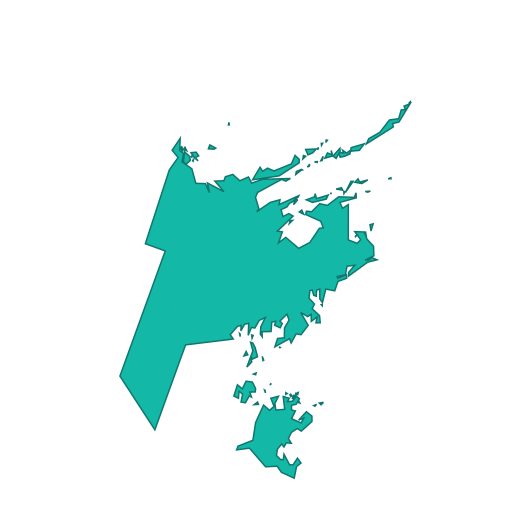 the district of East Arnhem, Northern Territory, Australia, rotated 20°
{"feature_id": "25037944B47305351718046", "entity_name": "East Arnhem", "entity_type": "district", "adm_level": 2, "iso_a3": "AUS", "parent_name": "Australia", "parent_adm1": "Northern Territory", "projection": "natural_earth1", "projection_center": [136.298, -12.677], "detail": "fine", "context": "isolated", "style": "filled", "palette": "teal", "viewbox_px": 512, "rotation_deg": 20, "n_neighbors": 0, "source": "geoboundaries", "source_scale": "gbopen_adm2", "svg_char_len": 6217}
<svg xmlns="http://www.w3.org/2000/svg" viewBox="0 0 512 512"><g transform="rotate(20 256 256)"><path d="M263.0,341.8L258.7,338.7L262.7,328.4L265.7,326.3L267.4,331.5L268.6,324.0L272.2,321.8L275.8,333.2L276.1,324.8L279.6,324.0L281.0,315.5L285.8,310.6L284.7,320.9L286.8,328.0L289.5,329.8L287.6,325.1L296.0,321.8L293.4,312.6L296.9,310.7L297.2,314.7L303.3,315.2L303.8,310.5L300.7,309.0L305.0,300.1L309.0,304.9L307.4,313.9L310.6,323.2L304.5,326.1L304.8,334.9L315.8,322.2L318.8,325.7L320.4,315.4L325.2,314.6L328.8,303.3L317.3,293.8L325.3,295.3L327.8,292.0L330.3,298.5L334.3,292.4L335.2,298.3L339.2,296.8L336.1,290.3L326.8,286.3L327.4,281.2L320.2,277.5L318.5,270.1L320.4,268.7L323.7,273.2L326.4,273.2L324.6,267.4L327.2,265.3L330.7,274.6L334.4,277.1L332.9,263.2L341.9,261.8L341.7,251.9L348.8,245.9L347.3,242.7L340.4,249.0L339.3,247.5L346.4,243.1L345.1,234.5L352.0,230.9L348.6,239.7L349.8,243.3L363.1,223.6L371.0,218.2L365.1,217.9L363.9,220.9L359.9,222.6L366.7,215.5L363.1,206.6L354.2,202.0L350.8,196.0L340.5,199.3L348.8,204.9L346.7,209.5L337.2,209.3L325.2,176.1L321.0,181.6L316.5,176.9L330.3,167.1L328.4,162.4L328.3,167.3L313.4,172.1L305.8,184.0L298.0,185.1L293.1,195.4L288.1,196.6L288.3,200.0L304.9,201.2L309.6,206.5L306.1,208.3L302.0,224.8L293.5,234.2L277.6,228.3L272.7,235.9L272.5,224.3L267.6,225.3L277.2,205.8L272.4,204.9L267.8,209.7L263.7,203.8L268.3,199.3L269.3,195.3L272.2,191.9L273.9,187.5L275.5,186.2L275.6,184.6L260.1,199.8L259.3,194.9L251.0,200.8L241.5,214.2L242.6,210.7L235.5,201.1L235.7,195.8L253.8,175.3L258.4,175.5L261.8,171.4L235.7,181.8L227.0,189.1L221.9,184.3L215.1,190.8L206.3,187.3L200.1,192.0L200.1,196.3L191.7,199.7L203.9,206.5L185.4,204.0L190.6,212.4L183.7,205.3L174.6,208.3L165.9,196.0L154.2,192.8L152.9,184.4L148.3,183.0L144.5,171.4L141.0,185.3L149.1,190.1L145.1,204.9L147.8,282.3L169.0,282.3L169.2,415.4L220.4,453.9L220.2,363.6L263.0,341.8ZM352.3,199.5L349.4,196.7L350.5,196.3L352.3,199.5ZM314.1,393.5L312.6,412.6L316.1,430.2L304.1,440.9L304.1,444.8L315.6,438.8L337.1,450.8L347.8,446.3L353.9,450.6L367.9,451.7L366.1,439.9L369.1,435.2L364.1,431.8L362.3,439.5L359.0,440.7L350.1,432.7L351.3,438.0L348.8,438.9L343.4,436.4L342.2,430.1L344.4,423.8L347.6,425.9L348.4,421.2L353.2,419.9L348.9,416.5L349.6,409.6L353.8,404.0L358.4,405.1L365.2,392.4L363.3,387.3L356.6,385.1L352.2,395.7L356.4,391.9L355.4,397.5L345.1,396.7L346.0,388.1L342.1,388.6L340.4,384.1L344.4,381.7L345.6,375.2L341.8,373.9L339.9,380.0L335.4,382.1L335.9,378.3L329.6,378.7L335.4,390.3L327.3,394.0L325.1,389.8L321.5,396.4L314.1,393.5ZM229.5,171.2L226.7,185.6L250.3,172.8L264.7,153.8L263.7,150.4L258.3,148.1L257.8,157.3L243.8,169.9L236.8,169.5L233.3,174.1L229.5,171.2ZM290.6,390.3L291.9,398.4L296.3,397.5L297.5,389.8L300.0,390.1L296.7,386.0L301.8,384.0L300.9,380.6L295.7,375.7L289.5,377.0L288.6,385.5L282.6,383.4L283.1,395.2L288.2,395.7L286.3,388.9L290.6,390.3ZM321.8,107.2L321.4,112.9L340.9,87.7L339.1,84.8L344.5,81.2L348.7,60.2L343.9,64.5L346.3,67.3L342.5,69.1L343.1,78.2L334.9,82.5L330.0,97.5L321.8,107.2ZM303.0,129.2L299.7,130.0L298.0,126.1L294.5,134.9L287.9,134.7L287.2,140.6L293.9,135.7L297.9,136.9L298.8,131.3L301.3,134.4L304.9,132.2L309.4,127.9L308.6,124.4L305.9,128.3L301.2,127.0L303.0,129.2ZM290.7,180.4L284.1,186.0L290.8,186.3L302.5,178.6L303.0,174.0L293.2,181.4L290.3,177.2L290.7,180.4ZM285.5,346.2L285.4,363.5L288.2,357.0L285.5,352.4L287.9,354.1L291.9,350.1L286.4,342.2L282.8,338.9L280.4,338.9L285.5,346.2ZM270.2,143.2L274.0,139.7L276.0,134.8L266.2,138.9L270.2,143.2ZM161.6,188.7L159.7,185.2L153.3,182.5L155.5,192.2L158.9,193.8L161.6,188.7ZM325.1,380.1L318.6,384.6L323.9,390.6L325.1,380.1ZM309.0,125.2L317.0,121.4L319.3,113.6L308.4,121.6L309.0,125.2ZM159.6,181.1L164.7,185.0L167.9,181.5L164.3,178.9L159.6,181.1ZM323.7,152.9L330.7,151.7L335.1,146.2L328.1,151.1L325.5,148.6L323.7,152.9ZM319.7,153.4L318.3,165.7L321.8,152.6L319.7,153.4ZM174.6,171.6L180.0,170.0L181.3,168.4L174.6,167.4L174.6,171.6ZM352.4,187.6L355.5,193.2L355.1,185.7L352.4,187.6ZM315.0,164.5L312.9,162.6L308.4,165.7L315.0,164.5ZM286.4,200.4L283.3,197.2L281.6,199.8L286.4,200.4ZM305.1,396.3L309.1,394.6L307.4,392.7L305.1,396.3ZM266.2,145.3L266.8,148.8L268.6,145.3L266.2,145.3ZM154.9,180.8L152.1,178.1L151.4,180.6L154.9,180.8ZM265.5,165.8L269.0,160.1L270.2,159.3L269.2,159.0L265.0,162.8L265.5,165.8ZM285.5,143.7L285.0,139.3L284.3,144.4L285.5,143.7ZM273.7,194.9L275.8,189.4L274.6,188.2L273.6,189.5L273.7,194.9ZM279.4,349.1L278.8,354.0L282.1,351.7L279.4,349.1ZM151.7,182.7L149.8,180.0L149.6,179.4L148.8,178.8L148.1,180.8L151.7,182.7ZM166.5,185.5L169.0,186.4L166.6,185.0L166.5,185.5ZM296.1,365.9L294.0,367.8L296.3,367.7L296.1,365.9ZM338.9,374.2L338.9,377.9L340.6,374.7L338.9,374.2ZM296.2,348.2L298.4,351.9L298.9,351.3L296.2,348.2ZM365.8,372.5L368.0,373.6L369.2,371.1L368.9,370.7L365.8,372.5ZM316.5,165.6L317.3,167.3L317.8,164.8L316.5,165.6ZM275.9,211.1L276.2,214.1L278.2,210.0L275.9,211.1ZM278.8,147.6L281.5,147.2L281.3,146.3L278.8,147.6ZM164.3,185.9L163.9,188.2L164.5,188.5L164.3,185.9ZM292.5,133.7L290.6,131.1L292.2,134.3L292.5,133.7ZM356.0,136.3L353.7,138.3L356.5,137.2L356.0,136.3ZM330.8,374.2L331.3,375.8L332.4,374.6L330.8,374.2ZM343.6,202.2L342.9,202.7L342.6,204.6L343.6,202.2ZM282.3,123.0L282.7,125.4L283.5,122.8L282.3,123.0ZM184.8,139.7L185.3,142.3L186.1,141.8L184.8,139.7ZM341.3,155.9L336.6,158.0L339.2,157.8L341.3,155.9ZM280.4,334.6L280.5,331.6L278.9,331.7L280.4,334.6ZM278.8,127.8L279.7,129.6L280.1,127.3L278.8,127.8ZM311.8,381.5L310.4,379.1L309.8,379.0L311.8,381.5ZM313.5,370.4L313.4,371.8L313.8,371.6L313.5,370.4ZM348.3,58.1L347.3,60.4L348.9,58.7L348.3,58.1ZM275.3,153.5L275.1,151.3L273.8,154.8L275.3,153.5ZM362.8,377.0L363.6,374.7L361.4,376.8L362.8,377.0ZM335.4,374.9L336.5,375.9L336.3,374.5L335.4,374.9ZM268.7,337.2L267.8,334.8L267.1,334.5L268.7,337.2ZM161.4,183.5L161.3,184.9L161.8,185.1L161.4,183.5ZM277.3,132.7L277.4,135.1L277.9,133.8L277.3,132.7ZM305.0,171.8L305.2,172.4L305.0,170.6L305.0,171.8ZM341.0,371.1L342.6,371.9L342.4,369.8L341.0,371.1ZM347.5,379.2L346.3,378.1L345.8,379.2L347.5,379.2ZM337.7,375.3L336.6,374.5L337.0,375.5L337.7,375.3ZM334.0,279.4L335.3,280.1L334.9,278.9L334.0,279.4ZM341.1,372.7L340.4,372.0L340.4,373.4L341.1,372.7ZM308.7,333.6L309.9,334.0L310.1,333.6L308.7,333.6Z" fill="#14b8a6" stroke="#0f766e" stroke-width="1.5"/></g></svg>